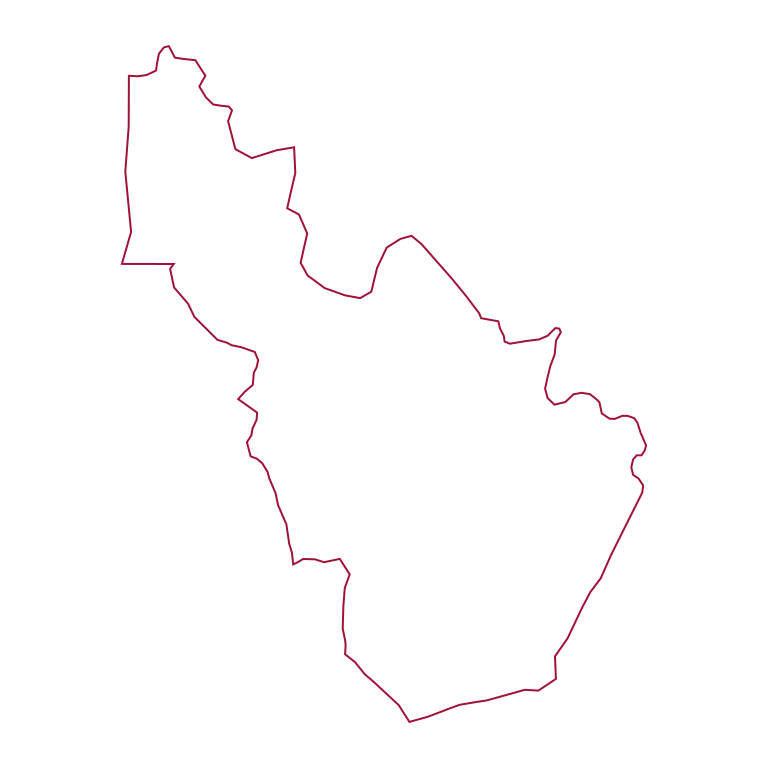 Sapele, Delta, Nigeria
{"feature_id": "59680162B63156374952276", "entity_name": "Sapele", "entity_type": "district", "adm_level": 2, "iso_a3": "NGA", "parent_name": "Nigeria", "parent_adm1": "Delta", "projection": "natural_earth1", "projection_center": [5.624, 5.87], "detail": "fine", "context": "isolated", "style": "outline", "palette": "rose", "viewbox_px": 768, "rotation_deg": 0, "n_neighbors": 0, "source": "geoboundaries", "source_scale": "gbopen_adm2", "svg_char_len": 2020}
<svg xmlns="http://www.w3.org/2000/svg" viewBox="0 0 768 768"><path d="M293.2,564.4L297.6,562.3L303.1,559.0L314.8,559.3L324.1,562.2L339.8,558.9L349.7,574.4L344.8,587.9L343.4,605.5L342.7,628.5L345.3,641.2L345.6,645.8L345.1,654.3L355.1,662.2L364.7,674.2L373.4,681.6L398.7,705.1L409.4,721.9L428.3,716.6L449.7,708.4L459.7,704.8L476.2,702.0L486.8,700.4L524.7,689.8L538.4,690.6L555.9,678.9L555.0,656.3L567.5,638.5L582.4,607.1L590.4,592.0L600.7,578.3L602.1,575.2L611.0,555.1L621.2,534.6L642.3,492.5L643.1,485.3L638.6,478.6L633.1,474.8L631.3,467.3L633.1,459.5L636.7,455.3L641.5,455.3L644.7,450.5L646.1,445.4L640.6,432.8L637.5,422.9L634.3,418.2L627.8,415.9L622.4,415.8L614.8,418.9L609.6,418.7L601.8,413.4L599.4,402.2L596.6,399.4L590.0,394.2L581.6,392.8L573.5,394.3L565.4,402.0L554.4,404.7L547.6,398.0L545.1,388.7L547.4,378.0L550.2,366.4L554.7,354.4L556.0,340.7L560.8,332.2L559.3,328.6L555.3,328.1L547.7,335.7L539.2,339.4L525.7,341.1L509.9,343.7L504.6,341.6L503.9,336.2L499.9,328.2L498.3,321.3L481.1,318.2L479.2,313.3L467.3,297.6L464.3,293.8L451.6,278.3L434.4,258.8L421.6,244.2L411.5,235.8L400.4,238.9L386.7,247.6L377.1,267.8L371.3,291.7L360.2,298.1L345.2,295.4L324.7,288.1L307.6,275.5L300.6,262.8L307.2,233.5L299.0,214.5L287.2,208.3L290.8,192.2L295.3,173.1L294.1,147.3L276.8,150.2L251.8,158.1L235.4,149.2L228.1,121.2L232.0,110.3L228.7,106.5L221.5,105.8L213.2,104.5L206.0,97.5L199.3,86.5L205.4,75.6L201.5,69.8L195.4,60.2L183.2,58.9L174.9,57.6L168.8,46.1L163.9,47.4L158.9,53.8L157.0,63.5L156.1,70.5L146.7,75.0L137.8,76.3L128.9,75.8L128.7,126.5L125.3,171.7L131.1,231.9L121.9,263.9L173.7,264.0L170.1,268.9L174.1,287.5L188.0,303.6L194.4,316.9L217.5,339.9L227.2,342.8L231.5,345.2L241.2,347.2L254.8,352.0L258.2,360.2L256.6,367.4L253.8,372.7L253.1,381.3L252.8,384.9L244.5,392.0L238.2,399.1L257.1,412.6L256.6,419.8L252.6,428.3L251.3,435.5L246.9,442.2L250.6,456.3L256.9,458.7L262.3,463.3L267.6,472.0L269.1,477.9L275.5,493.0L278.1,505.2L286.4,524.4L289.2,543.8L291.9,552.5L293.2,564.4Z" fill="none" stroke="#9f1239" stroke-width="2"/></svg>